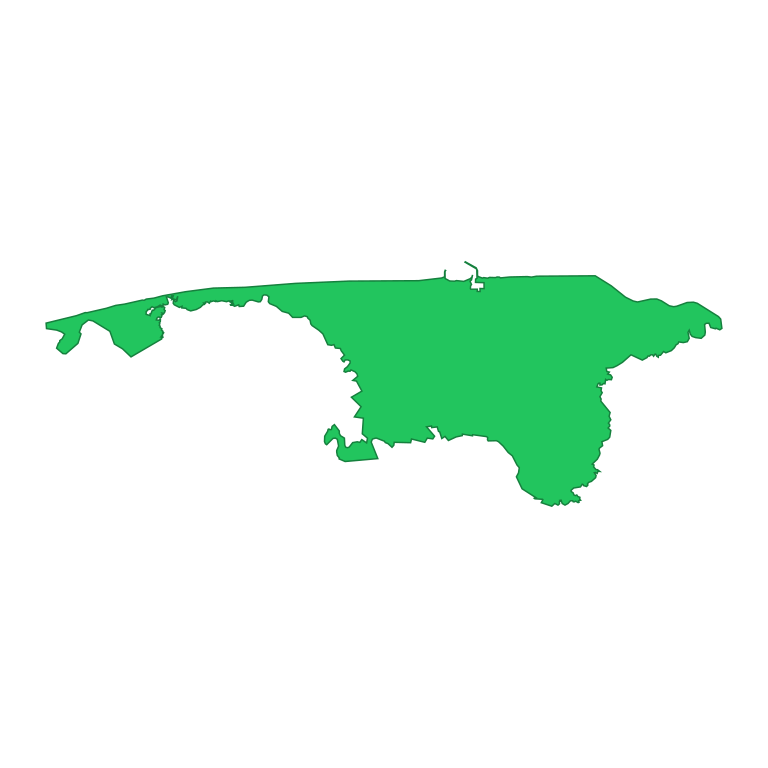 outline of Paraíso, Tabasco, Mexico
{"feature_id": "50627088B65754879428970", "entity_name": "Paraíso", "entity_type": "district", "adm_level": 2, "iso_a3": "MEX", "parent_name": "Mexico", "parent_adm1": "Tabasco", "projection": "mercator", "projection_center": [-93.279, 18.362], "detail": "fine", "context": "isolated", "style": "filled", "palette": "green", "viewbox_px": 768, "rotation_deg": 0, "n_neighbors": 0, "source": "geoboundaries", "source_scale": "gbopen_adm2", "svg_char_len": 6099}
<svg xmlns="http://www.w3.org/2000/svg" viewBox="0 0 768 768"><path d="M595.2,275.8L536.6,276.2L531.5,277.1L527.3,276.6L509.7,277.0L500.5,277.9L499.3,277.1L497.1,277.0L495.4,277.6L489.5,277.4L487.7,278.2L483.7,277.6L482.5,278.1L478.3,276.6L477.5,275.5L477.5,270.7L476.2,267.9L465.3,261.8L465.0,262.2L476.2,268.7L476.8,269.7L477.0,278.3L475.6,279.1L475.5,282.4L484.0,282.7L484.1,288.6L480.0,288.5L480.1,291.5L477.2,291.4L477.3,289.2L470.7,289.2L470.4,288.6L470.6,285.8L471.5,284.5L470.0,281.2L471.5,279.9L472.6,274.9L471.8,277.3L470.2,278.7L463.8,281.4L456.5,280.6L454.5,281.2L449.7,281.0L445.1,278.5L445.0,271.5L445.6,270.5L445.2,270.3L444.6,271.9L444.6,276.8L441.6,278.0L418.6,280.7L349.0,281.1L295.4,283.4L245.2,287.3L213.4,288.1L185.6,291.7L162.6,295.8L154.0,298.1L146.2,299.1L144.2,300.3L142.3,300.1L124.6,304.1L115.7,305.4L106.3,308.3L87.1,312.7L85.2,312.6L76.4,315.7L46.1,323.1L46.5,328.6L56.7,330.1L61.5,331.9L64.7,334.2L62.2,338.8L59.8,340.6L59.7,342.0L58.4,343.4L56.6,348.2L62.9,353.6L65.9,353.8L77.9,343.4L81.0,333.9L79.3,332.2L82.1,324.9L88.4,320.0L92.9,320.9L109.9,331.3L114.4,344.0L122.5,348.8L131.0,356.9L161.6,339.0L161.6,338.0L162.9,337.4L162.6,336.1L161.2,336.6L163.7,332.7L163.2,332.1L162.7,332.5L162.7,331.0L161.5,330.3L161.9,328.8L160.1,327.6L160.1,326.1L159.3,325.5L159.8,323.4L159.3,322.8L160.3,321.7L160.4,319.6L159.8,319.4L159.0,320.3L156.3,319.9L156.8,318.3L158.2,317.0L159.6,317.1L160.2,318.1L161.3,317.3L161.9,315.7L161.5,314.8L162.8,314.4L162.0,313.1L163.8,313.5L164.6,312.4L165.2,310.6L164.1,309.6L164.7,307.5L163.5,306.7L161.7,307.1L160.7,306.5L156.0,307.6L153.6,310.3L152.3,310.2L150.9,313.8L150.0,313.9L150.1,315.6L146.1,314.3L146.2,311.5L147.6,310.4L147.7,309.5L150.1,309.3L150.2,308.3L152.1,306.7L153.9,307.7L159.1,306.3L158.6,306.0L160.1,305.1L161.6,305.8L163.1,305.4L163.2,304.1L164.8,304.9L167.7,304.3L168.3,302.8L166.4,296.9L168.1,296.9L171.0,298.2L171.6,295.8L173.3,295.8L171.9,299.5L173.3,298.9L176.2,299.9L177.8,296.2L177.0,300.9L175.5,301.7L173.6,300.0L173.2,303.3L174.3,304.8L179.4,307.4L182.0,306.3L181.8,307.9L186.0,308.3L187.2,309.6L190.7,310.9L196.3,309.5L200.4,307.3L202.9,304.8L204.4,304.4L203.6,303.1L205.5,303.2L205.5,302.1L207.4,301.9L209.3,303.2L210.7,301.1L211.3,301.6L213.5,300.9L215.8,301.6L216.0,300.8L217.5,301.6L221.8,300.7L226.6,301.7L228.9,300.8L229.3,301.4L232.6,300.6L233.3,300.8L230.7,301.4L230.5,302.1L231.8,302.1L231.3,302.6L231.8,303.3L232.8,302.7L233.6,304.1L230.4,304.6L230.6,305.2L232.9,305.3L234.6,306.3L238.7,304.8L239.2,306.5L243.6,306.2L246.2,302.2L249.4,300.3L252.2,300.1L258.3,301.9L260.3,301.7L261.8,299.4L262.5,296.0L263.9,294.9L266.8,295.1L268.9,296.8L268.3,301.7L269.7,303.6L276.4,306.4L282.2,311.4L288.7,313.2L292.6,317.4L301.0,317.4L304.6,315.9L307.3,316.7L307.8,318.1L310.1,320.2L310.8,323.9L312.1,325.6L318.8,330.2L322.9,333.9L327.8,344.7L331.6,345.3L333.9,344.6L335.4,348.0L340.4,348.5L341.1,350.6L344.5,355.1L341.0,358.6L342.8,361.2L344.0,361.9L345.2,359.9L348.0,359.9L350.1,361.0L350.1,363.0L347.4,366.7L344.6,368.9L344.0,371.5L345.6,372.2L348.2,371.1L350.1,371.2L351.0,369.9L355.1,371.8L357.0,373.9L357.7,376.3L352.8,380.4L356.5,381.1L361.9,391.1L351.4,397.2L361.1,406.7L354.4,416.9L363.4,418.2L362.3,433.8L367.5,438.2L366.6,442.9L361.8,439.6L359.8,442.4L357.3,441.8L352.7,442.6L349.2,447.1L347.6,447.7L345.8,447.3L344.8,445.4L344.4,438.1L340.5,435.7L339.3,433.4L339.3,431.0L334.4,424.6L332.1,426.4L331.4,429.5L330.0,429.7L328.9,429.0L328.1,429.4L327.7,431.2L324.7,436.2L324.5,441.6L325.4,443.8L326.7,444.7L333.0,438.4L335.4,438.1L337.3,439.3L338.6,446.1L336.7,450.5L336.7,452.1L337.3,455.5L339.2,457.8L339.1,458.9L345.1,461.5L377.8,458.6L371.2,442.1L372.4,439.1L375.2,438.2L376.5,438.1L384.4,441.2L385.3,442.6L388.0,443.6L392.0,447.3L393.8,445.3L394.2,442.3L410.6,442.7L411.5,439.0L424.8,442.3L427.3,438.1L432.8,438.9L434.6,436.2L426.5,426.8L431.5,426.0L431.7,427.6L437.2,426.9L438.5,431.4L439.7,431.9L441.8,438.5L445.0,436.4L448.4,440.5L456.2,436.9L462.3,435.6L462.4,434.1L472.5,435.8L472.6,434.7L486.5,436.6L487.7,437.5L487.5,439.8L488.2,440.9L496.4,440.7L498.5,441.7L503.2,446.1L508.2,452.5L512.3,455.8L517.0,465.0L519.3,467.7L518.5,472.9L516.4,476.8L522.1,488.8L536.0,497.7L534.3,498.3L534.9,498.8L542.6,499.3L542.9,499.7L541.3,502.7L551.8,506.2L554.8,503.5L558.0,505.1L559.5,503.8L559.4,501.7L560.4,501.2L559.9,500.4L561.1,500.2L562.2,503.5L565.0,505.1L568.0,503.5L570.4,500.8L572.7,500.7L573.1,501.7L574.1,501.9L575.7,501.2L578.1,502.6L579.0,502.3L578.6,500.8L580.6,500.2L579.7,499.3L579.9,497.3L577.8,496.5L576.8,495.0L575.3,495.6L573.9,494.9L573.2,492.9L571.2,491.5L571.1,490.3L573.7,488.0L580.5,486.9L582.2,484.2L583.3,484.6L583.5,485.6L586.6,486.5L587.9,485.0L587.4,483.9L588.8,482.3L591.4,481.4L595.6,477.7L596.1,475.5L594.3,472.7L595.4,472.4L597.2,473.4L597.9,471.3L599.7,471.4L597.5,469.7L596.0,469.6L593.7,467.0L594.0,465.0L592.2,464.1L597.3,459.2L599.5,455.1L600.0,453.2L599.0,449.2L599.5,448.1L602.6,445.7L601.9,441.7L607.7,439.4L609.7,437.2L610.8,430.4L608.1,428.0L609.8,426.0L609.6,424.5L608.4,423.1L610.8,419.8L609.1,416.3L610.1,412.5L600.8,401.1L601.1,399.0L599.9,396.7L602.2,392.7L601.0,390.7L601.5,387.9L596.8,386.9L598.1,383.7L599.0,383.1L600.0,383.2L599.9,385.0L602.0,384.9L603.5,383.5L605.0,383.8L605.6,379.4L606.9,380.3L608.5,379.5L611.4,379.7L612.2,377.3L610.6,374.9L607.7,374.1L609.3,372.1L606.8,371.5L606.2,368.1L613.0,367.6L617.0,365.7L622.5,362.3L631.0,354.8L642.3,360.1L647.0,357.6L648.0,356.0L649.5,356.1L650.7,354.8L652.6,354.8L653.6,356.2L654.9,354.2L655.7,354.1L656.8,356.3L658.3,357.2L658.4,355.4L660.5,355.2L663.6,351.5L665.8,352.8L671.4,350.6L674.3,347.8L676.1,344.8L678.0,343.7L678.8,341.9L683.3,342.6L687.3,341.7L689.2,338.4L688.0,332.3L689.2,330.2L690.3,334.1L692.1,336.4L695.6,337.6L701.2,338.3L704.8,335.1L705.3,332.1L704.6,324.5L706.2,323.3L709.0,323.2L710.7,327.5L715.4,328.8L716.0,328.2L719.8,329.8L721.9,328.4L720.7,319.1L718.5,316.6L697.3,303.3L693.5,302.2L687.1,302.5L676.8,306.2L673.7,306.7L669.3,305.8L661.5,300.9L656.8,299.0L650.6,299.1L637.5,302.0L633.2,301.0L625.5,297.2L611.2,285.8L595.2,275.8Z" fill="#22c55e" stroke="#15803d" stroke-width="1.5"/></svg>